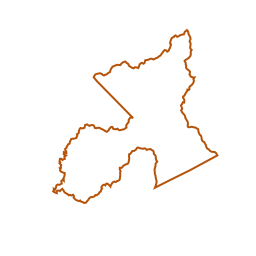 the district of Mutunópolis, Goiás, Brazil, rotated 336°
{"feature_id": "56859067B66418540138374", "entity_name": "Mutunópolis", "entity_type": "district", "adm_level": 2, "iso_a3": "BRA", "parent_name": "Brazil", "parent_adm1": "Goiás", "projection": "robinson", "projection_center": [-49.322, -13.713], "detail": "fine", "context": "isolated", "style": "outline", "palette": "amber", "viewbox_px": 256, "rotation_deg": 336, "n_neighbors": 0, "source": "geoboundaries", "source_scale": "gbopen_adm2", "svg_char_len": 4695}
<svg xmlns="http://www.w3.org/2000/svg" viewBox="0 0 256 256"><g transform="rotate(336 128 128)"><path d="M167.3,191.8L198.5,189.4L198.4,188.0L198.2,186.7L197.5,185.2L195.7,184.3L194.4,183.4L193.6,182.1L193.1,180.4L192.1,179.1L191.8,177.4L192.2,175.2L191.9,173.2L192.0,172.0L191.0,170.8L190.6,169.2L191.0,167.4L191.4,166.1L191.6,164.7L190.9,163.5L190.7,162.1L190.8,160.6L191.2,159.0L191.6,157.6L190.9,156.7L189.8,155.0L188.4,154.2L187.5,153.4L186.6,152.7L185.2,152.5L184.1,152.2L183.2,151.2L183.7,149.7L184.8,147.9L185.0,146.0L184.5,142.6L184.7,141.3L185.0,140.1L184.7,138.5L184.1,136.8L183.8,135.4L183.8,133.4L185.4,132.5L185.5,130.3L185.7,128.8L187.3,128.0L188.6,126.8L189.7,127.6L190.6,126.1L190.9,124.4L190.6,122.6L191.2,121.6L192.8,121.4L194.0,120.3L195.5,119.2L197.2,118.2L197.9,117.1L199.0,118.0L200.0,117.5L200.4,116.0L201.8,115.0L203.1,114.9L205.1,113.9L206.2,113.2L207.4,111.8L207.6,110.1L209.3,108.8L207.8,108.3L207.1,107.4L206.2,106.6L206.3,105.3L205.9,104.2L206.6,103.3L207.5,101.9L207.1,100.2L205.7,97.8L205.7,96.0L206.5,94.9L206.5,93.5L207.2,92.0L206.9,89.8L208.3,89.2L209.7,89.1L211.0,88.9L212.3,88.6L213.6,87.9L214.7,87.2L215.4,86.1L216.0,84.4L216.7,83.4L217.9,82.6L217.3,81.0L217.5,79.8L218.1,78.8L219.1,77.3L219.7,75.7L219.4,74.2L220.1,73.2L221.2,72.4L221.7,71.2L221.7,69.3L221.5,67.0L221.9,65.5L222.1,64.0L221.6,62.5L220.5,62.9L219.0,63.2L217.1,65.2L215.5,64.7L213.4,64.4L211.9,64.7L210.0,64.7L209.1,62.8L207.8,62.8L206.6,63.6L205.0,63.4L203.6,64.4L201.8,66.4L200.8,67.9L201.3,69.2L198.8,72.0L197.6,72.9L196.4,74.0L194.9,74.2L194.5,72.7L193.3,71.7L191.6,72.3L190.4,73.1L187.3,74.9L184.9,75.3L183.5,75.7L181.2,75.6L179.3,75.8L178.2,74.7L177.1,74.0L175.6,73.8L174.6,74.0L173.3,73.7L171.4,73.1L170.7,74.0L169.5,75.3L168.3,75.6L167.2,74.1L165.5,74.2L164.3,74.8L163.3,76.1L161.7,77.4L160.7,76.3L159.0,75.3L157.4,75.8L156.3,74.7L155.2,73.2L154.1,71.3L154.4,69.9L153.2,67.9L152.6,66.2L150.6,65.9L148.3,66.4L146.5,67.4L144.4,66.1L142.0,65.7L140.3,65.7L138.8,65.7L136.1,67.4L134.1,69.7L132.7,69.6L130.2,70.3L128.9,70.1L127.6,70.3L126.6,69.4L126.0,67.9L125.1,66.8L123.8,66.4L120.8,65.7L119.0,66.3L117.3,67.7L118.7,72.7L136.7,121.0L135.5,119.7L134.2,119.5L132.0,120.8L131.0,122.9L129.3,123.7L127.3,125.0L126.8,127.0L125.3,127.2L123.8,127.6L122.6,127.2L121.1,127.0L119.1,126.5L118.0,124.3L116.5,124.3L114.2,122.8L114.2,120.8L113.0,120.2L110.7,121.1L109.6,122.1L108.5,122.5L107.1,122.9L105.6,121.1L104.9,119.7L104.0,118.8L103.2,118.0L102.1,116.3L100.3,115.4L99.2,115.4L97.8,114.6L97.7,111.7L96.6,110.7L94.6,110.2L93.6,110.4L92.9,109.5L92.1,108.1L90.1,107.8L88.3,110.1L86.0,109.8L84.7,108.7L83.6,109.1L81.9,110.7L81.2,112.3L79.8,112.9L78.8,112.9L78.6,114.4L77.6,115.1L76.8,116.1L73.9,115.7L72.9,115.2L71.7,114.9L70.7,115.9L69.3,116.9L68.4,118.5L66.5,118.6L65.6,119.5L64.6,119.9L63.9,121.1L62.1,121.5L61.6,122.9L62.1,124.2L61.4,125.9L59.6,124.0L58.7,125.8L59.5,127.0L60.1,128.0L58.3,128.1L57.7,130.5L56.2,130.3L55.1,130.6L54.5,128.9L53.3,128.5L51.9,130.6L52.2,131.8L51.1,132.2L51.4,133.4L51.9,134.7L50.9,135.6L50.6,137.1L49.4,136.9L49.4,138.4L48.6,139.2L49.0,140.5L50.3,142.1L51.9,143.5L50.7,145.5L50.0,146.6L49.0,147.2L47.9,150.0L47.3,148.6L45.4,149.4L44.9,151.8L43.2,152.0L41.9,151.9L40.7,151.0L39.3,151.3L37.9,153.1L36.4,154.5L35.5,153.3L35.1,154.6L33.9,155.4L34.9,157.1L36.5,158.5L36.8,157.2L37.8,156.4L39.4,157.0L40.1,158.0L41.5,157.3L43.3,156.9L43.6,158.6L43.9,161.1L44.9,162.5L45.9,163.8L46.5,165.4L47.7,165.4L48.8,166.6L50.6,166.6L50.9,168.3L50.0,169.4L50.5,170.9L51.3,172.7L52.5,173.9L53.8,175.0L54.8,174.8L55.3,176.4L56.5,177.1L57.2,178.5L59.4,179.1L61.0,178.1L62.5,177.5L63.9,176.5L65.9,176.0L67.1,176.5L68.3,176.7L69.5,176.8L71.0,176.0L72.1,176.7L73.3,176.3L74.6,176.2L75.6,175.1L77.2,175.0L78.4,173.5L79.6,172.9L79.5,171.4L81.4,170.1L83.1,170.0L84.0,171.2L85.0,170.3L86.1,170.1L86.9,171.1L87.6,172.7L88.1,174.4L88.8,173.5L90.1,172.6L91.3,171.8L92.5,171.4L93.6,171.3L94.7,172.4L96.4,172.0L98.0,172.2L99.4,171.8L100.4,170.1L101.4,168.6L102.1,167.1L102.6,165.6L103.7,164.4L103.6,162.5L104.3,161.0L105.9,161.8L107.3,161.3L108.6,160.5L109.7,160.5L110.9,160.3L112.3,160.5L113.4,160.5L114.7,159.5L115.5,158.2L116.9,156.1L117.3,154.4L118.4,152.4L119.4,152.6L121.3,151.6L122.6,150.8L124.2,151.4L126.7,150.9L128.0,149.9L129.2,149.9L130.4,151.0L131.5,152.0L133.3,153.1L134.7,153.2L135.8,154.3L136.1,155.5L137.9,155.8L140.0,156.4L141.0,158.2L141.8,159.2L141.6,160.7L141.1,162.4L141.8,164.0L141.8,165.3L141.2,166.6L140.7,168.7L141.0,170.6L139.1,171.5L138.2,172.6L137.7,173.9L136.3,175.5L135.2,177.1L134.7,178.8L133.9,180.6L133.8,182.6L133.2,184.3L132.7,186.9L132.4,188.6L131.2,190.3L129.9,192.0L128.3,193.5L147.2,192.6L167.3,191.8Z" fill="none" stroke="#b45309" stroke-width="2"/></g></svg>